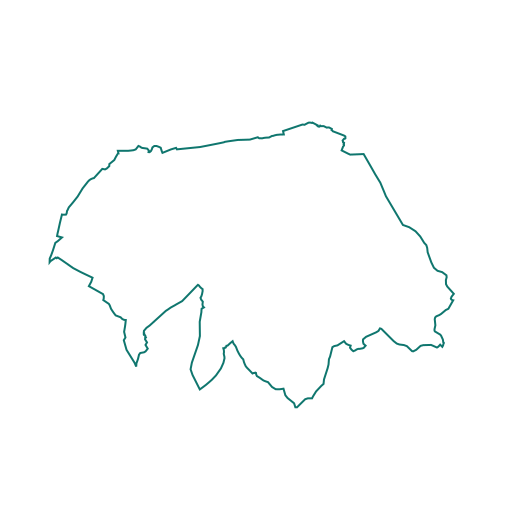 outline of Ticvaniu Mare, Caras-Severin, Romania, rotated 101°
{"feature_id": "2599482B6579395870045", "entity_name": "Ticvaniu Mare", "entity_type": "district", "adm_level": 2, "iso_a3": "ROU", "parent_name": "Romania", "parent_adm1": "Caras-Severin", "projection": "natural_earth1", "projection_center": [21.657, 45.172], "detail": "fine", "context": "isolated", "style": "outline", "palette": "teal", "viewbox_px": 512, "rotation_deg": 101, "n_neighbors": 0, "source": "geoboundaries", "source_scale": "gbopen_adm2", "svg_char_len": 5600}
<svg xmlns="http://www.w3.org/2000/svg" viewBox="0 0 512 512"><g transform="rotate(101 256 256)"><path d="M387.4,352.5L384.0,352.9L381.8,352.5L379.6,352.2L377.4,352.1L375.2,352.0L373.3,351.1L371.9,347.5L370.7,346.2L367.6,344.6L364.4,347.5L361.6,346.5L359.0,349.0L358.5,349.1L357.4,348.9L357.2,348.7L356.9,348.5L356.6,348.8L356.6,349.3L355.4,349.4L354.7,350.1L354.5,350.6L354.7,351.0L354.4,351.2L354.1,351.2L353.7,351.1L353.2,351.0L353.0,351.5L350.8,351.7L347.4,349.8L344.5,347.1L327.0,334.0L325.6,332.5L322.8,329.8L319.8,326.2L318.8,325.1L314.4,319.9L305.5,314.1L296.7,308.4L295.4,307.5L295.9,306.3L296.8,305.4L298.0,303.6L298.7,302.1L300.7,301.7L303.9,301.7L306.2,302.0L307.6,302.5L309.3,301.5L310.1,300.5L311.0,299.5L312.4,299.4L313.8,299.3L315.5,298.6L316.4,297.3L318.1,299.3L319.6,299.2L321.5,298.9L331.3,298.7L345.3,295.8L354.5,296.0L372.9,298.6L379.7,298.6L384.9,295.6L397.7,285.7L394.9,283.1L392.0,280.5L389.0,278.1L385.9,275.7L380.9,272.5L373.1,269.0L367.1,267.6L362.4,267.4L360.9,267.8L359.8,268.3L358.2,269.0L356.4,269.1L354.5,269.6L352.8,270.5L352.5,269.7L352.4,269.2L351.8,269.0L351.6,268.3L350.7,268.0L349.8,267.9L349.4,266.8L346.5,264.7L344.1,262.7L345.3,262.0L346.5,261.1L347.6,259.7L349.1,258.3L352.3,256.3L355.0,254.2L355.9,253.4L356.8,252.6L358.5,250.8L359.9,248.8L362.4,247.6L364.0,246.6L366.1,245.1L367.3,243.7L369.5,240.5L372.0,237.0L371.8,236.7L371.3,236.0L371.2,235.3L370.6,234.5L370.8,233.7L372.0,233.3L372.9,232.8L373.7,232.2L374.5,230.0L375.3,228.1L376.2,226.2L376.7,225.0L377.0,223.8L377.2,222.6L377.4,221.4L377.5,220.2L381.5,215.3L383.0,211.3L382.7,209.4L382.3,207.4L381.7,205.6L381.0,203.7L387.1,200.6L389.4,197.9L393.3,190.5L397.0,188.5L396.7,186.9L387.2,180.4L385.8,177.9L385.0,173.8L383.1,173.3L381.2,172.6L379.4,171.9L377.5,171.2L371.0,167.1L368.7,165.3L364.2,165.7L352.6,164.3L348.7,164.1L343.4,164.7L340.6,164.1L330.9,163.6L329.5,162.0L328.2,159.0L322.8,153.3L324.9,150.9L325.3,149.7L325.6,148.5L325.8,147.2L325.9,146.0L328.1,146.2L328.9,145.3L329.7,144.4L330.3,143.4L330.9,142.3L330.4,141.6L329.9,140.8L329.3,140.1L328.6,139.5L327.7,138.0L327.4,136.6L326.9,135.3L326.4,134.0L325.7,132.8L323.1,131.3L321.7,133.7L320.7,134.2L319.7,134.6L318.6,134.9L317.5,135.0L317.4,135.0L314.3,132.5L308.0,123.5L306.2,121.5L303.4,120.5L303.6,119.0L313.3,104.6L315.1,101.1L315.5,98.4L315.2,93.8L315.7,90.7L319.6,84.7L319.6,83.5L317.5,80.8L312.8,77.3L311.6,74.8L309.9,67.2L310.3,65.3L311.3,61.0L311.2,60.7L310.4,59.9L309.4,59.2L307.9,58.3L309.6,55.8L308.7,55.5L308.1,55.3L307.8,55.3L306.9,55.3L305.5,55.0L305.2,55.3L305.0,55.7L302.4,56.6L298.9,59.1L298.0,60.2L295.9,66.0L295.4,66.4L294.9,66.6L294.4,66.7L293.9,66.8L293.6,66.8L289.8,66.7L283.9,68.5L282.1,68.4L280.8,67.5L279.0,64.8L277.5,63.2L273.7,60.1L272.9,59.5L271.1,57.1L261.9,54.0L261.9,54.8L261.6,55.5L261.3,56.1L260.7,56.6L258.7,56.3L255.4,54.6L249.5,62.4L247.4,64.1L243.4,65.0L240.4,64.8L238.6,65.4L236.3,70.2L235.9,75.0L233.6,79.1L228.8,82.7L219.6,88.2L215.4,89.5L212.8,90.9L211.0,93.4L205.5,98.5L201.3,104.1L198.5,111.1L197.5,117.7L172.5,139.9L168.5,142.5L160.1,148.1L159.4,148.8L152.8,154.8L152.2,155.3L146.7,160.0L135.4,169.8L138.5,182.9L138.0,185.0L136.0,192.1L131.9,191.4L131.4,191.1L130.7,190.7L130.1,190.8L129.5,191.1L129.3,191.1L129.3,191.3L128.0,191.2L127.8,192.2L127.0,192.5L126.1,193.0L124.2,192.0L123.9,191.1L123.4,190.7L121.6,191.1L121.1,192.1L120.8,193.5L119.5,200.9L118.9,204.4L117.9,205.5L117.9,205.8L116.8,205.8L116.1,208.1L115.9,208.9L116.2,210.3L116.5,211.0L115.6,214.3L116.2,217.2L115.8,217.9L116.9,218.5L116.8,219.4L117.0,219.6L116.3,220.9L115.9,220.7L114.6,225.0L114.3,226.1L114.7,226.4L114.7,228.3L115.1,229.9L117.5,232.9L117.9,233.3L117.9,233.5L118.1,235.5L127.8,252.6L128.2,253.3L131.4,251.9L131.5,252.3L132.3,256.0L132.6,256.9L133.1,258.7L134.0,260.7L134.8,262.1L135.1,263.2L137.2,265.8L137.9,268.7L138.5,270.6L139.3,272.4L139.8,275.3L139.5,276.3L139.3,276.7L139.1,276.9L142.9,284.2L145.6,296.1L148.8,305.4L149.9,308.4L150.5,309.2L152.2,313.2L156.8,324.5L159.7,331.7L162.7,341.7L166.4,354.0L165.1,355.1L166.1,357.0L167.2,359.1L167.7,360.0L167.9,360.3L172.6,367.5L171.4,368.3L168.9,369.7L167.9,370.2L167.4,372.1L167.0,374.6L167.4,376.8L169.2,378.4L170.5,378.5L171.0,378.6L171.5,378.7L173.1,379.2L174.4,380.3L174.5,381.3L173.0,381.3L171.4,383.2L171.4,384.3L171.6,387.9L171.6,388.4L171.5,389.2L170.8,390.6L170.4,392.4L174.3,394.4L175.5,396.4L176.2,398.5L177.2,401.8L179.1,411.7L181.3,410.7L181.3,410.9L183.1,411.6L185.0,412.3L186.9,412.9L188.8,413.4L193.7,417.5L195.8,417.2L198.6,419.2L199.8,420.7L199.8,423.5L210.5,430.0L210.8,430.8L211.2,431.5L211.7,432.2L212.2,432.9L212.8,433.5L213.4,434.1L214.2,434.6L214.9,435.1L222.7,439.1L231.3,442.3L231.6,442.4L234.7,444.0L237.8,445.6L240.9,447.3L243.9,449.0L245.4,449.4L246.8,449.7L247.8,450.1L250.2,450.0L251.6,450.4L251.9,451.4L252.1,452.4L252.3,453.4L252.3,454.4L256.6,454.6L260.9,454.8L265.1,454.9L269.4,455.0L271.2,455.1L274.4,455.1L274.8,450.0L279.2,453.4L281.4,455.5L289.2,456.4L294.3,457.2L297.9,458.0L301.5,457.4L300.5,456.9L299.9,456.4L299.4,455.9L295.7,452.2L296.2,451.2L295.3,450.3L297.0,446.1L302.7,433.3L302.9,432.7L305.1,425.4L305.9,422.4L306.5,420.1L308.5,412.3L310.9,412.6L312.7,412.8L317.5,414.3L322.6,398.9L324.4,397.7L325.4,397.6L326.3,397.4L327.3,397.4L328.4,397.5L330.4,392.9L331.0,391.4L332.3,390.2L335.4,388.3L336.9,386.9L338.4,385.4L339.8,383.9L341.1,382.4L342.0,377.2L343.4,375.2L343.6,374.3L343.8,373.6L343.8,372.9L343.8,372.2L343.7,371.6L347.2,371.3L350.6,371.1L350.9,371.1L351.1,371.1L351.3,371.1L355.6,371.0L360.9,368.6L363.9,369.7L372.8,365.2L383.9,354.9L387.4,352.5Z" fill="none" stroke="#0f766e" stroke-width="2"/></g></svg>